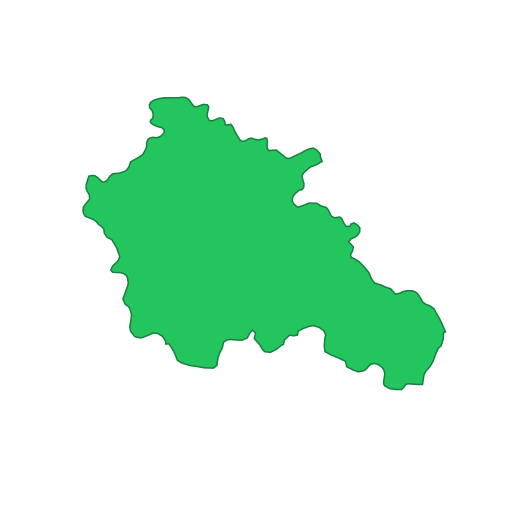 outline of Vawkavysk, Grodno, Belarus, rotated 337°
{"feature_id": "67162791B87198261111694", "entity_name": "Vawkavysk", "entity_type": "district", "adm_level": 2, "iso_a3": "BLR", "parent_name": "Belarus", "parent_adm1": "Grodno", "projection": "orthographic", "projection_center": [24.403, 53.18], "detail": "fine", "context": "isolated", "style": "filled", "palette": "green", "viewbox_px": 512, "rotation_deg": 337, "n_neighbors": 0, "source": "geoboundaries", "source_scale": "gbopen_adm2", "svg_char_len": 4067}
<svg xmlns="http://www.w3.org/2000/svg" viewBox="0 0 512 512"><g transform="rotate(337 256 256)"><path d="M353.7,194.8L353.9,192.8L354.1,189.6L355.0,187.1L354.3,185.1L353.4,182.3L351.0,179.1L347.1,178.2L342.6,178.2L336.6,178.9L331.0,179.0L325.3,179.4L322.1,177.8L320.4,174.4L319.0,171.8L317.3,168.6L316.3,166.5L312.3,165.0L309.4,164.3L308.4,161.7L309.4,158.6L311.5,154.4L311.9,152.0L310.6,150.8L307.5,150.8L303.4,150.1L299.7,147.5L298.0,145.7L295.2,145.2L290.8,145.8L287.9,144.9L286.6,142.9L286.0,139.4L285.5,135.2L285.2,131.5L285.2,128.5L284.3,124.9L281.4,124.3L278.9,123.2L279.8,120.3L279.5,116.6L275.9,114.5L273.5,114.6L270.2,114.6L267.6,114.2L265.9,112.5L265.6,109.1L266.3,106.5L268.5,103.6L270.8,100.2L270.3,97.8L266.9,95.9L263.6,95.6L260.5,95.6L257.7,94.4L256.7,91.9L255.7,87.6L255.3,85.5L252.8,82.4L249.9,80.9L247.6,80.4L243.0,78.7L238.3,76.6L233.0,74.4L229.5,73.5L226.1,72.9L222.8,72.7L218.9,73.4L216.9,75.2L216.0,78.3L217.2,81.3L216.8,85.2L214.8,89.0L212.6,89.5L211.2,90.8L211.4,92.8L213.2,95.7L216.3,98.7L219.2,100.8L220.7,103.7L220.0,106.2L216.1,108.3L212.5,108.6L210.0,108.0L207.7,106.5L204.6,105.9L201.9,106.5L199.6,109.1L197.7,113.1L195.4,115.2L191.3,118.5L185.5,119.5L181.5,119.9L177.3,120.3L176.0,121.8L173.9,124.3L170.2,126.5L168.2,126.8L165.3,126.6L161.8,126.2L159.9,125.4L156.6,124.4L153.7,125.0L151.7,126.0L149.7,127.5L147.6,128.4L144.8,128.6L143.4,127.6L142.1,124.8L141.0,122.3L139.2,119.3L137.0,117.9L133.4,117.2L129.8,121.2L127.5,124.1L126.0,127.4L125.9,130.5L126.5,134.4L125.1,138.6L121.3,140.6L118.7,142.0L116.1,143.7L114.5,146.7L113.9,149.2L114.3,152.7L117.7,156.0L120.3,158.5L122.4,161.7L123.3,165.2L125.3,168.3L126.5,171.9L125.3,175.5L126.2,180.5L129.6,184.5L130.9,193.4L130.7,197.9L130.4,203.1L127.8,206.2L124.4,207.6L120.1,209.2L116.8,212.3L117.7,214.9L121.0,216.6L125.0,218.5L127.3,220.5L129.1,223.3L129.1,226.5L127.7,231.3L125.7,233.9L122.4,237.4L120.1,240.0L116.7,243.4L116.7,249.4L118.7,252.5L119.3,254.8L118.6,261.2L116.0,265.8L111.9,272.2L111.2,276.5L113.0,283.0L118.1,286.5L124.1,286.8L131.3,286.8L134.9,288.5L138.4,293.2L139.3,297.2L139.3,300.3L138.5,301.8L141.5,302.9L142.2,306.3L143.0,312.0L143.0,316.9L142.9,321.4L145.9,325.5L152.7,331.2L158.4,334.6L164.8,338.8L173.1,342.6L177.2,341.5L181.0,335.1L184.0,331.7L189.3,327.2L192.4,322.7L196.5,321.9L199.5,322.7L205.2,325.7L210.1,328.0L214.2,328.0L216.1,328.0L219.1,325.3L223.7,322.7L225.5,326.9L222.1,331.4L224.8,339.3L225.5,344.6L226.7,347.6L231.6,350.3L238.4,349.9L243.3,348.4L246.7,348.0L249.7,344.2L256.1,342.0L259.5,344.2L263.3,345.0L265.5,341.6L272.0,341.2L278.0,341.6L282.1,342.7L286.3,346.5L289.3,351.4L289.3,355.9L286.7,359.7L283.7,365.4L282.2,371.0L286.7,376.7L292.0,382.0L297.3,388.0L296.2,393.3L301.0,399.1L305.1,402.7L311.0,403.8L314.4,402.7L317.2,401.1L320.2,400.6L323.3,401.3L326.2,403.9L328.7,407.9L329.2,411.5L328.7,413.9L327.6,416.4L324.8,420.8L323.5,423.7L323.8,425.9L327.5,430.5L332.6,433.5L337.7,435.8L340.5,434.8L343.8,432.8L346.0,433.0L350.0,435.1L355.7,437.9L359.1,439.3L364.2,431.0L367.0,428.6L373.1,425.7L378.0,422.0L382.5,417.1L387.7,412.2L391.4,411.0L395.5,406.1L396.7,404.0L398.7,399.9L400.8,399.9L400.7,389.7L400.4,384.9L399.7,379.3L399.2,374.0L396.7,369.9L393.3,366.5L391.4,363.6L391.1,360.0L390.4,355.2L389.4,352.3L386.8,349.4L382.4,347.2L377.1,346.1L374.4,346.6L369.3,345.4L368.6,343.2L367.1,338.6L363.8,336.0L359.6,331.4L354.5,327.1L353.3,321.5L353.5,315.9L351.8,309.7L350.6,306.3L348.9,302.0L347.2,299.3L345.3,296.7L343.1,294.7L343.6,291.6L346.7,289.2L349.1,285.8L348.1,282.7L346.7,279.3L350.1,277.4L354.9,277.3L358.3,276.1L360.9,274.4L362.6,270.6L361.6,267.4L359.2,263.8L356.0,263.6L354.1,265.3L350.3,263.9L349.8,260.5L349.5,254.9L348.3,252.8L346.4,252.3L343.2,251.6L340.8,248.5L340.6,242.2L339.6,238.6L336.9,236.7L334.5,234.0L332.4,231.1L328.7,229.5L325.8,228.0L321.3,228.0L313.6,227.6L311.4,223.5L310.7,219.9L312.8,216.0L316.4,213.9L321.2,212.4L324.6,212.9L326.8,211.4L328.4,208.3L328.7,205.2L329.6,200.1L332.3,198.2L336.6,196.5L341.2,195.3L346.5,195.7L353.6,194.7L353.7,194.8Z" fill="#22c55e" stroke="#15803d" stroke-width="1.5"/></g></svg>